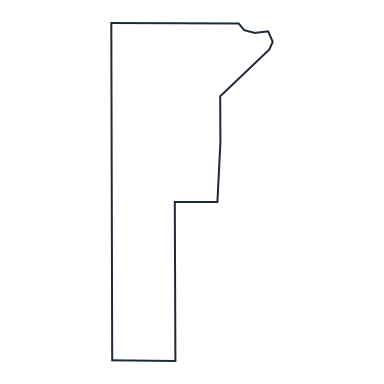 Jim Wells, Texas, United States of America (Robinson projection)
{"feature_id": "52423323B29014105242179", "entity_name": "Jim Wells", "entity_type": "district", "adm_level": 2, "iso_a3": "USA", "parent_name": "United States of America", "parent_adm1": "Texas", "projection": "robinson", "projection_center": [-97.972, 27.659], "detail": "fine", "context": "isolated", "style": "outline", "palette": "slate", "viewbox_px": 384, "rotation_deg": 0, "n_neighbors": 0, "source": "geoboundaries", "source_scale": "gbopen_adm2", "svg_char_len": 286}
<svg xmlns="http://www.w3.org/2000/svg" viewBox="0 0 384 384"><path d="M111.3,23.0L112.2,360.3L175.4,361.0L174.8,202.0L217.4,202.0L220.4,142.4L220.2,96.3L269.3,49.5L272.7,41.9L268.2,31.4L254.7,32.9L244.3,30.2L238.7,23.5L111.3,23.0Z" fill="none" stroke="#1e293b" stroke-width="2"/></svg>